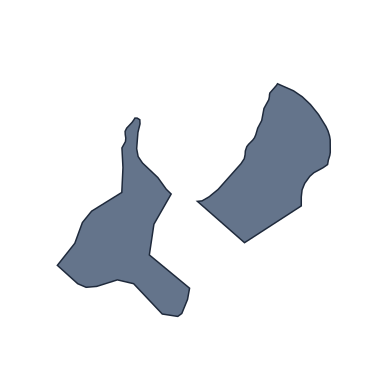 Agusan del Norte, Mercator projection, rotated 41°
{"feature_id": "PHL-2587", "entity_name": "Agusan del Norte", "entity_type": "Province", "adm_level": 1, "iso_a3": "PHL", "parent_name": "Philippines", "parent_adm1": "", "projection": "mercator", "projection_center": [125.494, 9.026], "detail": "fine", "context": "isolated", "style": "filled", "palette": "slate", "viewbox_px": 384, "rotation_deg": 41, "n_neighbors": 0, "source": "natural_earth", "source_scale": "10m", "svg_char_len": 1169}
<svg xmlns="http://www.w3.org/2000/svg" viewBox="0 0 384 384"><g transform="rotate(41 192 192)"><path d="M202.2,195.5L205.4,192.1L208.0,184.6L210.0,173.0L210.4,138.4L209.6,132.6L207.6,129.0L205.3,126.0L203.6,121.8L203.4,118.9L203.8,113.0L203.6,110.2L202.6,107.0L199.7,100.7L197.7,92.3L191.5,81.7L189.4,72.0L188.0,69.5L186.5,67.5L185.8,66.2L185.8,56.0L185.5,54.2L202.4,49.0L212.9,47.8L224.1,48.3L236.5,50.5L250.1,54.7L254.6,56.7L259.1,59.5L262.1,62.0L270.3,71.3L271.9,73.8L274.0,78.5L276.3,82.3L275.0,87.6L271.3,97.5L270.6,102.9L271.4,111.6L273.7,118.2L277.7,124.0L283.5,130.7L283.6,130.8L264.9,195.8L202.2,195.5ZM100.4,173.7L102.1,172.2L105.2,171.7L108.1,174.7L112.1,182.5L121.8,195.6L128.1,200.6L135.6,202.6L156.7,203.5L170.7,206.8L177.6,207.2L184.4,241.3L201.1,267.5L253.3,266.2L259.1,276.0L264.0,290.4L262.9,295.2L262.8,295.3L251.5,302.4L249.6,303.6L208.1,299.5L193.3,307.3L182.0,325.8L174.6,333.4L165.9,336.2L138.5,335.7L137.2,307.6L129.3,286.9L128.8,272.3L139.3,238.4L123.9,218.9L110.2,204.7L108.7,197.6L106.7,194.8L104.0,192.5L101.7,190.1L100.8,186.6L101.1,178.7L100.7,175.0L100.4,173.8L100.4,173.7Z" fill="#64748b" stroke="#1e293b" stroke-width="1.5"/></g></svg>